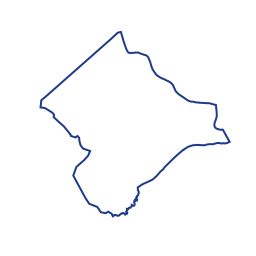 outline of Fond D'Or, Dennery, Saint Lucia, rotated 47°
{"feature_id": "8701671B83706236309505", "entity_name": "Fond D'Or", "entity_type": "district", "adm_level": 2, "iso_a3": "LCA", "parent_name": "Saint Lucia", "parent_adm1": "Dennery", "projection": "mercator", "projection_center": [-60.893, 13.924], "detail": "fine", "context": "isolated", "style": "outline", "palette": "blue", "viewbox_px": 256, "rotation_deg": 47, "n_neighbors": 0, "source": "geoboundaries", "source_scale": "gbopen_adm2", "svg_char_len": 3646}
<svg xmlns="http://www.w3.org/2000/svg" viewBox="0 0 256 256"><g transform="rotate(47 128 128)"><path d="M51.3,70.6L51.3,79.5L48.9,167.4L48.6,172.5L53.3,177.9L56.6,175.2L61.6,173.8L65.6,172.8L68.2,173.2L69.2,174.9L76.2,174.5L83.1,173.8L93.8,174.5L94.8,175.2L99.1,172.8L99.4,170.4L101.7,170.4L105.0,172.8L108.4,174.5L112.3,174.9L119.0,171.4L121.0,175.9L121.6,182.0L121.3,189.6L121.3,192.3L125.3,200.2L125.6,200.5L150.5,207.0L157.1,208.0L164.8,204.3L171.1,205.3L175.0,202.5L175.7,199.5L179.7,198.4L182.3,199.4L182.4,199.2L182.4,198.0L182.3,197.3L183.1,196.4L183.8,196.1L184.5,195.9L184.9,195.6L185.1,195.1L185.3,194.9L185.8,194.6L185.9,194.2L185.8,193.4L186.0,192.7L185.9,192.1L186.1,191.4L186.4,191.0L186.3,190.7L186.3,190.2L186.9,189.9L187.0,189.4L187.4,189.3L188.1,188.8L188.7,188.8L189.4,189.1L189.5,188.9L189.4,188.0L189.9,187.4L190.0,187.0L189.4,186.3L188.9,186.3L188.5,186.5L187.9,186.3L187.8,185.9L187.6,184.8L187.4,184.4L187.0,184.3L186.6,184.0L187.1,183.8L187.5,183.6L187.5,183.1L187.1,182.8L187.1,181.8L187.5,180.9L187.9,180.7L188.0,180.1L187.4,178.1L186.9,177.7L187.4,177.5L188.4,177.4L188.8,177.0L188.8,175.9L188.5,175.3L187.7,174.8L186.7,174.2L185.9,173.6L186.4,173.2L186.3,172.6L185.8,172.0L185.2,171.7L185.3,171.3L185.7,171.0L186.0,171.4L186.8,171.3L187.1,171.0L186.8,170.7L186.7,170.2L186.3,170.1L186.0,170.2L185.9,170.7L184.8,169.9L184.3,169.1L184.7,168.5L184.4,168.0L183.9,167.7L183.9,166.5L183.8,165.9L183.7,165.7L183.0,165.0L182.7,164.3L181.7,163.5L179.9,163.1L179.0,162.0L178.0,161.2L178.3,160.2L178.6,158.6L178.7,157.1L179.5,154.2L181.2,149.5L182.5,145.1L182.6,139.4L182.2,135.7L182.0,134.1L182.2,130.6L181.6,127.9L181.3,115.7L181.3,109.8L181.6,103.1L182.0,102.4L181.8,101.8L182.8,96.7L184.9,92.3L187.7,88.7L191.0,85.7L193.3,83.2L193.9,81.5L195.7,79.0L197.5,77.3L199.9,72.9L201.4,71.2L202.7,70.7L203.8,69.0L204.8,68.3L206.5,66.0L207.1,63.9L207.2,63.6L207.4,63.1L193.9,59.8L193.6,60.1L193.2,60.6L192.7,61.1L191.9,61.9L191.5,62.2L191.1,62.5L190.8,62.6L190.4,62.8L189.8,63.2L189.3,63.4L188.6,63.7L188.0,63.8L187.2,63.9L186.4,63.8L185.4,63.3L184.9,63.0L184.3,62.4L183.7,61.6L183.1,60.8L182.9,60.4L182.5,59.5L182.0,58.5L181.7,58.0L181.0,56.7L180.6,56.0L180.0,55.2L179.4,54.6L178.6,53.9L178.0,53.3L177.4,52.8L176.4,52.0L175.3,51.1L174.5,50.6L173.3,49.7L171.2,48.0L169.1,49.3L168.0,50.1L166.8,50.7L165.2,51.7L164.5,52.5L162.6,54.4L161.3,55.5L160.5,56.4L159.4,57.4L158.2,58.5L156.8,59.7L156.3,60.2L155.0,61.3L153.6,62.1L152.9,62.7L152.4,63.3L151.7,63.9L150.4,64.6L149.5,65.0L148.8,65.4L147.9,65.6L147.2,65.8L145.8,66.1L144.4,66.4L143.2,66.6L142.1,66.9L140.5,67.3L138.9,67.6L138.0,67.9L136.8,67.9L135.0,68.0L134.2,68.0L133.8,68.0L133.0,67.8L132.2,67.5L131.5,67.3L130.6,67.0L129.4,66.6L128.6,66.3L127.5,65.9L127.0,65.8L125.8,65.8L125.0,65.8L124.6,65.8L123.8,65.9L122.9,66.1L121.9,66.4L121.0,66.7L120.4,67.0L119.3,67.5L118.1,67.9L117.1,68.2L116.3,68.5L115.5,69.0L114.5,69.5L113.4,69.8L112.7,70.1L111.4,70.4L110.3,70.6L109.0,71.0L108.5,70.9L107.2,70.9L106.5,70.7L105.7,70.6L104.3,70.5L102.8,70.2L101.8,70.0L101.0,69.6L99.7,69.2L98.5,68.6L97.2,67.9L96.3,67.5L95.3,67.0L94.2,66.4L93.2,66.1L92.4,65.9L91.5,65.5L90.2,65.0L89.3,64.9L88.7,64.9L88.0,65.0L86.8,65.4L86.1,65.8L85.2,66.4L83.7,67.2L82.1,68.1L80.8,68.6L80.1,68.9L79.3,69.6L78.7,70.3L78.0,71.0L77.4,71.9L76.5,73.0L75.8,73.9L74.9,75.1L74.4,75.6L73.6,75.9L73.0,76.2L72.4,76.2L71.2,76.0L69.7,75.6L68.6,75.2L67.8,74.9L67.0,74.5L66.2,74.1L65.2,73.7L64.2,73.3L63.3,72.8L62.8,72.6L62.0,72.2L61.2,71.9L60.4,71.5L59.7,71.1L59.1,70.8L58.2,70.3L57.2,69.9L56.1,69.3L55.1,68.8L54.3,68.4L53.5,68.0L52.9,67.7L52.6,68.1L51.4,70.4L51.3,70.6Z" fill="none" stroke="#1e3a8a" stroke-width="2"/></g></svg>